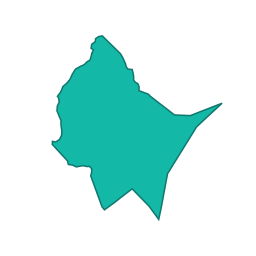 Maribondo, Alagoas, Brazil, rotated 39°
{"feature_id": "56859067B82733946406585", "entity_name": "Maribondo", "entity_type": "district", "adm_level": 2, "iso_a3": "BRA", "parent_name": "Brazil", "parent_adm1": "Alagoas", "projection": "equal_earth", "projection_center": [-36.32, -9.554], "detail": "fine", "context": "isolated", "style": "filled", "palette": "teal", "viewbox_px": 256, "rotation_deg": 39, "n_neighbors": 0, "source": "geoboundaries", "source_scale": "gbopen_adm2", "svg_char_len": 1056}
<svg xmlns="http://www.w3.org/2000/svg" viewBox="0 0 256 256"><g transform="rotate(39 128 128)"><path d="M157.6,205.7L161.2,206.4L164.7,193.1L165.9,187.7L168.5,176.8L169.5,172.7L193.4,175.5L209.4,179.7L204.0,169.1L191.3,145.7L187.5,138.6L180.6,84.0L183.1,66.0L185.5,49.6L183.3,53.4L174.1,69.5L168.6,79.2L155.9,88.6L125.3,89.3L122.5,88.9L113.0,92.1L110.8,89.1L107.9,87.4L104.8,87.8L102.2,87.2L100.0,84.4L97.5,82.2L94.4,79.9L90.8,82.3L88.0,81.5L85.7,79.7L79.7,76.6L75.3,75.0L50.0,72.6L47.6,75.5L46.6,79.0L48.2,81.4L47.1,85.8L49.1,89.3L52.0,89.1L52.8,92.5L54.5,96.0L55.7,99.1L54.5,102.2L54.1,106.3L52.1,110.3L50.1,115.4L50.9,121.4L52.3,126.7L52.2,132.0L51.3,136.8L52.5,140.4L53.1,143.5L53.2,147.8L55.5,148.5L58.3,151.4L59.3,155.5L62.0,159.4L65.6,161.3L68.8,163.1L71.1,164.2L73.9,167.7L78.4,171.9L80.9,175.3L82.0,179.9L80.7,184.3L77.7,185.9L79.5,188.4L101.8,191.7L104.6,193.9L108.3,191.7L112.4,190.7L115.4,187.0L117.7,185.0L120.1,184.0L122.2,182.1L125.3,182.5L127.3,184.7L129.2,188.7L157.6,205.7Z" fill="#14b8a6" stroke="#0f766e" stroke-width="1.5"/></g></svg>